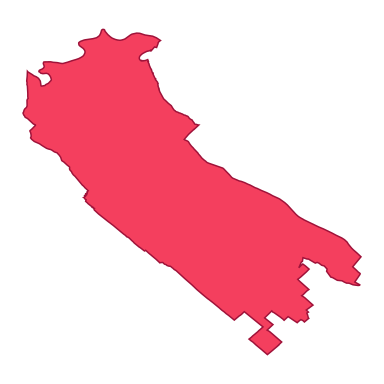 Hudesti, Botosani, Romania
{"feature_id": "2599482B81424003369239", "entity_name": "Hudesti", "entity_type": "district", "adm_level": 2, "iso_a3": "ROU", "parent_name": "Romania", "parent_adm1": "Botosani", "projection": "equal_earth", "projection_center": [26.51, 48.142], "detail": "fine", "context": "isolated", "style": "filled", "palette": "rose", "viewbox_px": 384, "rotation_deg": 0, "n_neighbors": 0, "source": "geoboundaries", "source_scale": "gbopen_adm2", "svg_char_len": 5696}
<svg xmlns="http://www.w3.org/2000/svg" viewBox="0 0 384 384"><path d="M267.4,354.6L271.1,351.6L277.8,345.9L277.7,345.9L281.7,342.0L269.5,331.5L267.1,330.1L273.0,324.6L264.6,317.9L271.8,310.9L272.8,312.1L274.1,312.7L281.1,317.6L281.4,318.0L282.6,318.8L284.1,320.3L288.1,316.6L297.2,322.7L298.8,321.2L300.9,319.6L303.1,320.7L304.4,322.0L308.8,318.3L308.3,317.8L307.5,314.6L306.9,313.4L307.0,312.9L308.4,312.1L306.3,310.0L313.0,305.1L304.5,297.5L301.7,295.7L303.2,294.6L306.7,291.1L308.9,289.5L299.7,281.3L297.7,279.3L300.5,277.2L306.3,272.0L309.1,269.1L305.4,265.9L302.8,264.0L300.7,265.8L298.8,267.8L301.4,262.0L302.4,261.4L303.0,257.7L306.9,259.0L308.6,259.1L309.8,259.9L315.3,263.1L317.1,262.4L318.9,263.1L321.6,265.2L324.3,266.0L327.1,269.1L326.6,271.3L330.8,277.1L332.6,277.6L337.3,280.3L342.1,280.8L344.1,282.0L346.5,283.1L349.1,283.2L353.0,284.8L358.1,285.5L359.6,285.3L359.8,284.8L354.8,282.0L359.8,274.7L360.2,273.8L359.8,273.2L358.4,272.2L356.0,269.8L352.7,266.8L361.0,256.8L357.1,253.1L353.3,249.8L351.5,248.0L348.4,244.2L347.1,242.1L344.5,239.7L341.7,237.9L336.0,235.2L332.1,233.1L323.4,228.9L318.6,226.9L304.1,219.9L299.6,217.3L297.9,216.1L295.8,214.2L287.4,205.0L284.7,202.6L279.8,199.1L278.7,198.5L272.5,195.7L270.1,194.3L266.8,192.7L261.5,190.5L257.1,188.4L255.1,187.7L250.2,185.1L247.9,184.2L244.8,182.7L241.3,181.4L239.1,180.9L232.8,178.2L231.7,177.4L229.2,174.5L227.1,172.4L223.7,168.8L222.8,168.1L208.7,163.2L207.1,162.5L206.5,162.1L205.9,161.4L203.8,159.8L201.8,158.0L200.0,155.7L198.6,154.2L197.9,153.0L193.8,148.7L193.3,148.0L191.5,146.2L190.0,144.3L188.3,141.6L187.0,140.8L185.0,140.0L184.2,139.4L188.6,134.3L194.1,129.2L194.2,129.3L198.8,125.0L197.9,124.9L196.5,124.4L195.4,124.3L194.7,124.0L194.3,123.5L194.0,122.7L193.1,121.7L192.0,119.9L190.8,119.4L189.8,118.7L189.1,118.0L188.2,116.7L187.6,116.2L186.3,115.8L185.2,115.2L183.7,114.9L182.6,114.1L181.4,113.7L180.1,113.1L178.8,112.8L177.9,112.2L176.4,111.8L175.7,111.4L175.2,110.8L174.4,110.4L172.9,108.4L171.3,105.7L168.2,103.2L166.1,101.1L163.6,98.8L159.8,91.8L158.8,89.0L159.1,88.9L158.1,86.3L158.0,85.8L158.1,85.3L157.8,84.5L158.1,83.6L157.6,83.2L157.6,82.9L157.7,82.6L157.6,82.3L155.4,79.5L155.4,79.3L155.7,79.0L155.7,78.8L155.2,78.6L154.5,77.3L152.8,73.5L153.2,73.3L153.2,73.1L152.4,72.5L152.1,72.0L151.7,70.6L151.5,70.3L151.4,69.3L151.2,69.1L150.8,68.8L149.2,65.0L149.1,64.1L147.9,61.5L148.4,61.3L147.7,59.6L147.0,59.9L145.0,60.6L143.4,60.7L142.9,61.0L141.7,60.4L141.2,60.9L140.0,59.9L139.4,59.0L139.3,58.2L139.4,57.2L139.7,56.4L140.8,55.1L142.4,53.7L144.7,52.4L147.0,51.3L149.4,50.8L150.6,50.2L150.7,50.9L151.1,50.9L154.5,47.0L156.6,47.5L158.1,43.5L158.1,42.8L159.0,41.6L160.5,40.5L156.4,37.8L152.7,36.2L145.0,35.0L139.8,33.3L136.7,33.1L132.0,34.1L130.4,35.0L125.2,38.8L124.1,39.3L121.8,40.0L120.0,40.3L117.5,40.0L115.2,39.4L112.3,38.2L110.4,36.9L107.8,34.6L105.0,31.2L104.7,30.1L104.3,29.7L103.8,29.4L102.6,29.4L101.6,30.1L100.7,33.2L99.7,35.2L99.0,36.0L97.1,37.4L96.0,37.9L92.8,38.7L85.2,39.8L83.9,40.1L80.4,41.4L78.9,42.5L78.7,43.0L78.7,43.5L78.9,44.6L79.1,45.2L79.9,46.0L83.3,48.5L84.3,49.8L84.8,50.8L85.0,51.4L85.0,52.4L84.9,52.9L84.0,54.9L82.9,56.2L81.2,57.3L78.7,58.6L76.1,59.5L71.4,60.9L67.9,62.1L62.9,63.5L61.1,63.4L57.2,62.6L53.2,62.3L50.6,61.8L44.9,61.9L43.8,62.0L43.5,62.5L43.3,63.7L44.0,65.5L44.2,66.7L44.0,67.3L43.2,68.3L42.0,69.1L39.5,70.2L39.1,70.7L38.9,71.3L39.1,71.9L39.8,72.1L40.7,73.1L41.4,73.4L42.1,73.4L42.8,73.7L46.3,73.3L47.4,73.6L48.0,73.8L48.9,74.5L50.2,76.3L50.7,77.3L51.3,79.4L51.3,79.9L51.1,80.4L48.4,83.3L45.9,84.5L44.9,85.5L41.7,86.1L41.0,85.8L40.4,81.5L40.2,80.9L38.5,78.3L36.3,76.8L33.7,75.7L32.6,74.8L27.9,71.9L27.4,71.3L27.2,76.1L26.7,81.1L27.0,82.2L27.0,84.0L26.9,84.4L27.4,86.0L27.8,93.4L27.8,96.9L28.1,98.5L27.3,99.3L27.0,100.4L27.1,105.5L26.9,106.5L26.6,107.1L26.2,107.7L24.9,108.8L24.1,110.1L23.4,112.5L23.0,113.0L23.5,114.4L24.0,115.4L24.3,115.6L25.2,117.3L27.5,118.5L33.4,124.0L35.4,124.9L35.5,125.1L35.3,125.5L31.5,129.4L30.0,130.6L29.9,131.0L30.7,132.9L31.1,135.0L31.1,136.6L30.6,137.7L30.6,138.0L31.3,138.7L31.4,139.1L34.3,141.5L39.4,143.7L42.3,145.7L46.5,148.3L48.4,149.0L50.5,149.5L51.5,149.9L54.4,151.9L57.2,152.9L58.5,154.5L59.1,155.0L60.6,157.2L60.9,158.0L61.7,160.5L62.2,161.0L63.6,161.8L67.2,165.1L69.5,166.9L69.7,168.0L69.5,168.7L69.6,169.2L69.8,169.8L70.6,170.8L71.4,171.5L72.1,173.1L73.4,174.9L75.1,176.4L82.5,185.3L82.9,185.5L84.4,187.0L84.7,187.5L88.2,190.7L87.7,191.3L87.1,191.8L87.0,192.0L87.3,192.5L87.0,192.7L86.9,192.9L87.1,193.3L87.1,193.8L86.9,194.1L86.7,194.3L86.2,194.3L86.0,193.6L85.7,193.7L85.5,194.2L86.3,194.4L86.4,194.9L85.8,195.0L85.8,195.7L85.6,196.1L85.0,195.6L84.6,195.7L84.9,196.5L84.4,196.8L84.4,197.4L83.9,197.6L84.4,197.8L84.6,198.6L85.2,199.2L86.1,199.7L85.6,201.3L86.8,202.4L87.2,202.7L88.1,203.7L91.4,206.3L91.7,206.4L91.8,206.9L92.5,207.0L92.4,207.5L92.8,207.7L93.1,207.6L93.3,207.6L93.5,208.1L94.1,208.3L93.8,208.5L94.3,210.0L98.6,214.0L108.2,221.6L113.2,225.4L120.6,231.6L123.9,234.3L125.2,235.2L126.9,236.9L127.8,237.1L129.2,238.0L131.6,240.4L133.4,242.0L134.1,242.9L139.2,247.1L140.1,247.6L144.5,251.0L144.9,250.9L145.5,250.3L145.8,250.4L148.8,253.2L156.2,259.4L159.9,262.9L160.5,262.6L162.8,262.5L164.4,264.1L166.2,264.7L167.0,265.5L168.8,266.1L170.5,266.3L172.3,267.8L172.9,268.2L174.2,269.5L176.1,270.6L184.8,278.6L192.0,284.9L196.7,289.4L202.4,294.3L207.7,298.7L208.6,299.3L212.6,302.4L218.7,307.4L222.0,310.3L224.2,311.9L226.1,313.6L228.6,315.4L234.3,320.1L239.4,315.8L240.3,315.3L241.8,314.1L243.6,312.3L244.3,311.7L263.0,326.9L259.8,329.8L258.7,330.7L257.8,331.7L252.7,335.9L251.4,337.2L249.0,339.1L251.0,340.8L252.8,342.0L255.9,344.9L261.1,349.2L267.4,354.6Z" fill="#f43f5e" stroke="#9f1239" stroke-width="1.5"/></svg>